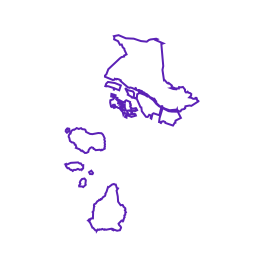 outline of Central 2 Mahe, Mont Fleuri, Seychelles, rotated 155°
{"feature_id": "34574756B38092183622343", "entity_name": "Central 2 Mahe", "entity_type": "district", "adm_level": 2, "iso_a3": "SYC", "parent_name": "Seychelles", "parent_adm1": "Mont Fleuri", "projection": "robinson", "projection_center": [55.478, -4.632], "detail": "fine", "context": "isolated", "style": "outline", "palette": "violet", "viewbox_px": 256, "rotation_deg": 155, "n_neighbors": 0, "source": "geoboundaries", "source_scale": "gbopen_adm2", "svg_char_len": 5956}
<svg xmlns="http://www.w3.org/2000/svg" viewBox="0 0 256 256"><g transform="rotate(155 128 128)"><path d="M76.0,121.8L73.4,120.9L71.7,122.0L68.8,121.4L68.1,122.1L67.7,121.9L66.8,123.4L62.8,122.4L61.2,121.3L52.9,122.4L52.8,122.9L53.5,123.7L53.5,125.1L53.1,125.9L53.4,126.5L54.1,126.8L54.7,126.1L56.6,126.9L57.8,128.6L59.5,129.8L57.1,130.7L56.3,132.1L56.9,133.3L58.3,134.5L58.6,135.7L59.6,135.4L60.6,135.9L60.7,137.5L60.1,138.7L60.9,142.0L63.0,142.5L64.4,143.5L65.2,142.3L66.8,143.2L67.7,142.6L70.5,144.2L72.3,146.0L69.6,145.3L70.7,146.5L70.8,147.4L70.3,148.0L72.1,151.6L72.7,151.3L73.4,152.1L74.6,156.1L75.2,156.1L72.2,166.1L69.9,169.2L62.3,190.0L60.3,189.8L65.6,195.8L63.8,196.0L64.7,197.0L70.1,198.7L71.8,198.9L74.5,198.3L79.5,201.3L85.0,206.5L92.0,210.2L97.3,216.1L102.0,217.2L102.0,216.1L103.1,214.2L100.3,210.9L100.1,206.8L98.4,206.3L98.7,203.3L97.8,201.5L98.2,200.4L98.2,195.3L100.9,195.3L101.3,194.4L103.9,195.0L105.8,194.6L121.0,189.6L124.8,185.9L126.7,185.2L127.2,184.2L121.4,177.9L119.9,177.5L119.1,178.2L118.0,177.0L117.3,177.2L115.6,175.8L114.4,174.2L114.9,173.7L111.0,165.1L109.7,163.8L108.9,163.8L107.6,162.8L105.2,160.0L104.3,161.0L104.0,160.7L104.3,158.8L102.9,157.7L102.8,154.8L105.4,154.7L107.5,151.2L109.9,153.3L107.8,156.8L108.0,159.0L112.0,162.2L113.7,165.3L113.4,158.6L114.1,158.2L111.4,154.4L112.1,153.4L111.1,153.9L107.7,150.7L107.9,141.6L107.2,141.0L108.4,137.4L107.0,130.6L105.9,129.8L105.1,129.8L103.2,131.0L101.8,129.6L103.3,127.3L102.9,126.6L99.8,130.4L98.6,130.5L94.2,126.3L89.3,132.3L88.5,131.1L95.2,123.6L97.3,120.3L96.3,119.6L96.3,118.9L95.5,117.9L96.2,119.6L93.2,119.3L91.8,117.7L92.0,116.8L86.2,111.2L83.3,113.1L82.8,112.8L81.8,114.6L75.8,114.8L76.0,121.8ZM76.0,121.8L81.1,124.2L84.2,126.2L90.7,134.6L92.2,138.0L93.2,142.3L95.3,146.2L95.3,147.1L92.9,144.2L93.3,143.7L92.4,142.4L91.7,142.9L91.6,142.4L92.4,142.1L92.4,141.7L91.8,141.6L91.3,140.5L91.8,140.2L91.4,139.7L91.7,138.5L90.0,134.3L88.6,132.9L88.2,133.5L87.8,133.3L88.1,132.4L86.5,130.1L82.8,126.5L77.4,124.6L77.5,123.7L76.8,123.3L75.7,124.2L76.0,123.2L75.4,122.7L76.4,122.2L76.0,121.8ZM96.7,150.8L95.5,148.0L95.8,147.6L97.1,148.2L98.6,150.7L102.5,154.7L102.7,157.5L101.9,158.7L102.2,157.8L100.0,155.8L100.4,155.4L98.2,153.1L98.2,152.3L96.7,150.8ZM181.3,39.5L178.5,38.8L176.4,40.6L176.3,41.7L177.1,44.1L177.0,45.3L173.0,46.8L172.2,46.6L172.0,45.6L171.6,45.8L169.4,48.3L168.9,48.4L168.3,50.3L167.2,50.5L166.2,52.4L165.5,52.5L165.6,54.8L164.9,55.0L164.4,56.4L165.4,58.8L165.2,59.9L165.5,60.6L167.3,61.1L168.1,65.4L166.2,70.3L164.8,76.1L162.6,77.5L163.5,78.5L163.0,81.9L164.2,82.6L164.4,83.2L166.2,83.5L170.8,82.5L171.1,82.9L174.3,79.4L176.4,77.9L176.5,77.2L177.5,76.2L180.1,75.8L182.0,74.7L182.7,75.1L183.4,74.5L184.5,75.1L184.8,74.7L186.9,74.5L189.0,73.2L190.9,73.1L191.6,72.3L191.7,71.1L192.1,71.0L194.2,67.5L195.6,66.8L195.4,66.0L198.0,60.9L199.6,61.6L201.3,60.7L201.7,61.6L203.2,61.0L202.7,60.5L202.0,60.8L202.1,59.9L202.7,59.5L202.3,57.7L202.4,52.7L201.8,52.3L200.8,49.0L199.7,48.5L199.9,47.9L198.4,48.8L197.4,47.9L196.8,48.2L195.2,47.3L194.0,47.4L192.6,45.8L191.8,46.0L191.0,45.1L185.5,43.7L184.6,43.1L185.2,42.4L184.4,41.4L183.4,41.6L181.3,39.5ZM161.0,118.9L157.8,119.1L157.5,120.4L156.8,120.8L156.5,122.1L155.8,122.8L155.4,124.7L154.5,125.6L154.4,127.5L153.5,128.5L153.5,132.5L154.2,134.4L157.0,136.0L162.9,137.5L164.9,138.7L167.7,142.2L167.4,144.0L167.8,145.0L170.0,146.3L170.6,147.7L173.0,147.9L174.5,149.6L177.5,149.1L178.2,149.6L180.6,149.3L182.5,147.2L183.3,147.3L184.7,146.4L185.5,145.1L185.4,143.7L186.1,140.8L185.0,138.7L184.1,138.3L183.1,136.9L183.3,135.4L182.6,135.0L182.7,134.1L182.9,132.5L183.6,132.0L180.9,129.2L180.2,127.2L179.2,127.0L179.2,126.2L178.6,126.0L177.6,123.6L176.1,123.0L174.1,123.1L173.0,124.6L170.9,125.8L169.2,125.9L167.9,124.7L168.0,123.6L167.4,123.2L166.7,121.6L162.7,120.2L162.2,119.3L161.2,119.4L161.0,118.9ZM120.5,139.9L122.0,138.5L120.2,136.6L115.6,135.9L115.5,136.9L116.3,137.1L116.0,137.9L118.0,138.8L117.6,140.5L116.4,141.4L114.5,140.9L114.5,140.3L112.2,140.3L112.3,142.3L112.9,142.3L112.9,142.8L116.7,143.7L116.9,144.5L116.3,144.6L117.0,146.4L115.9,147.3L116.2,147.7L115.5,148.5L116.0,149.2L115.1,150.7L117.9,153.9L119.3,153.6L119.9,152.6L121.6,153.8L122.5,152.7L122.8,151.8L121.0,150.7L121.6,149.4L126.6,154.5L125.4,156.0L124.4,154.9L124.9,154.2L124.0,152.9L122.4,154.7L125.2,158.5L126.1,157.9L126.5,159.1L125.1,159.9L126.2,160.9L126.2,162.0L125.4,162.9L126.2,163.7L126.9,162.6L127.6,163.7L126.9,164.4L128.6,165.9L129.9,163.7L128.7,162.7L128.0,161.0L129.3,160.3L132.3,160.6L133.4,158.6L134.3,154.6L133.8,153.9L131.7,155.3L130.2,154.6L130.3,153.3L132.3,152.8L132.2,152.1L129.3,151.9L128.4,150.3L127.4,149.7L126.7,147.0L124.8,147.9L125.7,150.7L123.2,149.0L122.3,147.4L122.4,145.9L123.4,145.1L124.9,146.7L126.5,146.2L126.0,144.8L126.6,141.9L124.7,143.2L124.0,142.0L123.7,141.0L124.1,140.2L125.3,140.0L126.0,139.3L125.0,138.1L123.9,140.1L122.9,139.3L121.4,139.9L121.8,140.2L121.7,142.5L122.0,142.6L121.6,144.1L118.7,143.2L118.9,142.7L117.9,142.3L119.1,138.9L120.6,139.6L120.5,139.9ZM187.2,109.8L185.7,110.4L184.3,113.2L185.3,113.5L185.8,115.9L186.9,116.3L187.8,117.9L194.6,120.6L198.8,120.7L199.5,121.1L199.4,121.6L200.0,121.6L199.7,121.0L200.3,120.4L200.3,119.3L199.8,117.1L198.6,116.7L198.3,115.4L197.5,114.1L196.8,113.9L196.3,112.4L195.3,112.5L195.3,112.2L195.1,112.8L194.6,112.9L193.2,112.1L190.7,112.1L189.3,110.4L187.1,110.2L187.2,109.8ZM130.8,175.6L130.2,175.2L130.5,174.3L129.8,175.1L128.2,174.1L123.9,170.1L125.1,168.0L123.6,169.7L120.0,165.9L116.5,169.6L120.9,174.3L126.7,178.2L129.0,177.4L130.8,175.6ZM193.6,93.4L190.3,94.4L190.2,95.4L188.3,98.5L188.8,100.6L191.2,101.2L193.4,100.2L194.7,99.0L194.7,97.6L196.6,96.6L196.9,95.7L194.2,94.3L193.6,93.4ZM185.3,149.5L183.5,150.1L183.0,149.7L181.6,151.8L181.7,152.3L183.0,153.2L183.8,152.4L184.1,152.9L185.2,152.4L185.9,151.2L185.3,149.5ZM181.9,102.3L179.7,101.2L178.7,102.0L179.3,104.8L182.0,104.4L181.9,102.3Z" fill="none" stroke="#5b21b6" stroke-width="2"/></g></svg>